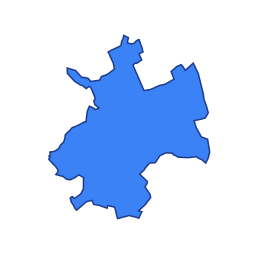 Dambatta, Kano, Nigeria, rotated 69°
{"feature_id": "59680162B98747212970025", "entity_name": "Dambatta", "entity_type": "district", "adm_level": 2, "iso_a3": "NGA", "parent_name": "Nigeria", "parent_adm1": "Kano", "projection": "albers", "projection_center": [8.601, 12.428], "detail": "fine", "context": "isolated", "style": "filled", "palette": "blue", "viewbox_px": 256, "rotation_deg": 69, "n_neighbors": 0, "source": "geoboundaries", "source_scale": "gbopen_adm2", "svg_char_len": 2926}
<svg xmlns="http://www.w3.org/2000/svg" viewBox="0 0 256 256"><g transform="rotate(69 128 128)"><path d="M186.3,205.4L182.3,194.3L182.0,192.8L182.3,189.7L182.4,189.1L182.6,188.8L182.7,187.6L187.0,187.4L189.9,182.6L195.4,176.3L193.1,174.7L197.2,168.8L208.8,170.2L210.2,158.0L211.9,155.9L214.1,152.5L215.2,151.4L215.7,150.5L216.0,150.1L215.4,149.5L214.5,148.6L213.1,147.2L211.4,145.6L211.2,145.1L209.0,147.8L206.0,139.9L201.2,132.0L201.1,131.8L198.1,131.2L189.1,133.2L186.6,130.1L184.8,129.1L177.0,132.8L175.4,133.8L173.5,129.3L173.1,128.3L172.4,127.1L171.6,126.3L168.6,120.7L168.6,119.7L168.9,118.8L169.7,116.5L170.2,115.0L165.3,108.2L164.8,101.3L167.5,95.5L169.3,95.2L169.7,94.8L170.8,93.5L173.1,91.7L175.7,86.0L177.6,81.4L179.3,74.4L181.1,73.4L184.1,70.4L188.6,68.0L187.6,66.9L185.0,64.1L179.8,60.4L177.2,59.8L166.9,57.7L165.8,59.1L162.7,62.7L152.1,64.2L144.9,63.7L145.1,61.9L145.5,59.7L146.0,56.2L146.3,52.2L142.5,47.6L138.5,47.2L134.8,46.9L128.5,46.8L123.1,45.5L102.3,42.9L96.1,43.4L90.8,43.8L94.7,53.9L90.9,54.6L87.9,55.7L88.1,60.5L90.7,67.5L98.9,67.5L100.4,77.6L99.6,83.3L99.7,85.0L100.1,93.1L99.1,98.2L98.6,99.7L87.6,100.1L82.6,100.3L77.5,100.6L75.5,100.7L71.1,100.8L70.0,98.4L70.6,97.1L70.5,95.3L69.8,93.0L69.5,90.9L62.7,91.1L62.5,90.2L62.4,86.8L56.6,86.0L55.3,86.3L54.9,86.3L54.5,86.2L54.1,86.1L53.8,86.1L53.3,86.0L52.9,86.1L52.6,86.0L52.2,85.9L51.9,85.9L51.5,86.0L51.2,86.1L50.8,86.2L50.3,86.1L50.0,85.8L49.5,86.0L49.3,86.5L49.3,87.1L49.4,87.7L49.5,88.1L49.6,88.6L49.9,89.7L50.9,91.4L51.0,93.3L50.3,95.2L48.7,97.9L46.2,96.9L43.9,95.2L40.0,98.8L42.7,100.5L45.3,103.2L46.8,104.0L48.5,105.1L48.8,107.3L49.4,115.8L49.9,119.4L52.6,119.0L55.8,119.0L60.1,118.6L62.3,118.5L68.1,119.6L70.3,127.1L70.6,129.8L70.4,134.4L73.2,137.3L71.2,146.1L67.7,147.2L65.3,150.2L65.1,151.1L64.7,152.1L63.3,153.4L61.5,154.0L55.6,156.3L50.2,163.3L55.4,165.0L65.3,161.1L70.2,157.5L72.7,154.9L76.3,152.9L75.2,149.7L76.6,148.4L78.6,148.1L83.3,148.0L87.9,147.9L89.0,148.2L90.2,149.9L90.9,150.3L94.2,150.6L99.0,148.0L99.1,150.7L99.3,151.7L97.4,152.9L95.4,154.6L93.8,156.2L95.6,158.0L98.1,160.2L107.2,165.0L106.7,166.0L107.7,174.9L107.7,180.1L109.4,183.0L109.9,184.9L111.9,189.0L114.3,190.2L116.4,191.8L118.1,193.1L119.5,196.7L122.3,200.2L123.2,203.5L123.3,206.2L123.3,206.4L122.2,209.8L122.3,209.7L123.7,209.8L124.6,209.8L126.0,211.9L127.4,211.0L127.5,211.2L127.9,212.1L128.5,213.1L129.8,212.8L132.6,211.7L134.3,211.1L137.7,209.5L141.4,208.5L143.6,208.8L145.2,211.4L145.6,212.0L149.1,207.2L149.9,206.0L153.7,203.8L155.3,201.4L155.6,200.3L155.5,197.8L155.3,195.2L154.1,190.7L158.3,187.3L168.9,191.5L172.7,195.9L174.6,203.2L174.1,203.6L173.3,204.0L173.0,204.1L172.8,204.2L172.2,204.3L172.2,204.6L172.2,205.2L172.1,205.6L172.2,206.1L172.3,206.6L172.8,207.0L173.0,207.2L174.1,207.0L174.5,207.0L175.0,207.0L175.8,207.6L176.9,207.4L178.8,207.1L179.8,206.8L180.8,206.6L184.6,206.2L186.3,205.4Z" fill="#3b82f6" stroke="#1e3a8a" stroke-width="1.5"/></g></svg>